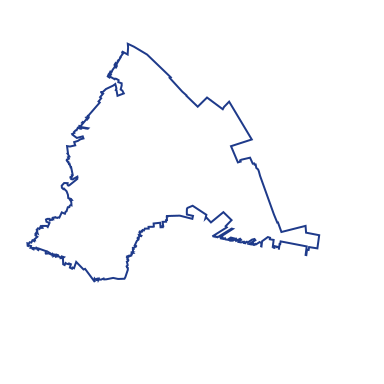 outline of Sector 5, Bucharest, Romania, rotated 200°
{"feature_id": "2599482B58123345185343", "entity_name": "Sector 5", "entity_type": "district", "adm_level": 2, "iso_a3": "ROU", "parent_name": "Romania", "parent_adm1": "Bucharest", "projection": "natural_earth1", "projection_center": [26.071, 44.404], "detail": "fine", "context": "isolated", "style": "outline", "palette": "blue", "viewbox_px": 384, "rotation_deg": 200, "n_neighbors": 0, "source": "geoboundaries", "source_scale": "gbopen_adm2", "svg_char_len": 6036}
<svg xmlns="http://www.w3.org/2000/svg" viewBox="0 0 384 384"><g transform="rotate(200 192 192)"><path d="M54.9,181.9L57.7,194.9L70.9,192.8L73.7,199.0L94.3,185.0L100.8,192.8L101.4,192.4L107.4,199.0L133.6,230.5L136.2,234.2L137.6,235.8L139.8,236.6L141.6,239.6L142.5,239.1L143.3,240.1L144.6,239.4L149.2,244.1L156.7,239.2L157.6,238.2L156.7,237.2L159.0,235.5L171.0,248.4L153.8,261.8L188.0,289.6L191.0,282.9L191.4,280.3L210.2,285.9L215.8,274.1L230.2,280.5L230.2,280.9L235.5,283.0L252.0,291.6L251.2,292.5L281.2,305.8L296.4,308.7L303.0,309.3L301.5,306.0L299.5,299.2L306.0,300.2L305.1,299.7L305.2,299.1L304.1,298.9L305.5,294.2L305.1,294.1L305.8,290.5L306.3,290.6L306.6,289.4L306.1,289.0L306.5,286.9L307.8,287.2L308.2,285.5L307.6,285.4L307.8,284.5L306.5,284.3L306.0,285.1L305.7,284.4L306.0,282.9L307.4,283.1L308.4,279.6L308.6,277.2L309.9,277.3L310.1,275.6L309.0,275.4L309.1,274.6L308.4,274.5L308.7,273.6L310.6,273.9L310.7,271.8L308.6,271.3L308.3,272.4L303.3,271.5L303.1,272.2L301.8,272.4L299.2,272.0L298.8,270.0L295.3,270.1L294.5,268.0L294.1,263.9L292.2,263.5L289.8,261.3L294.9,256.9L297.7,261.7L298.5,261.7L298.5,263.6L301.0,267.2L302.5,265.0L308.1,259.3L310.0,255.5L312.3,254.6L310.9,254.7L310.6,254.1L309.2,253.9L310.8,249.7L309.4,249.0L310.8,245.1L309.3,244.5L315.2,229.1L315.0,227.7L316.0,227.8L316.2,226.2L316.8,225.8L315.5,225.1L315.0,226.4L314.6,226.3L315.4,224.1L316.1,224.3L317.6,220.1L319.4,220.7L318.7,220.2L318.9,219.7L317.7,219.9L319.2,215.7L321.4,215.5L318.5,215.1L311.3,216.4L311.6,215.8L314.3,215.2L314.2,214.7L314.6,215.2L317.8,214.7L317.7,213.8L318.6,213.8L318.7,213.3L321.3,213.3L321.6,210.5L322.4,210.2L323.4,208.0L322.7,207.3L324.1,205.9L323.7,205.8L324.0,205.0L318.7,203.4L313.7,206.9L312.3,205.2L314.9,203.4L316.7,201.0L319.8,198.6L317.7,195.9L322.2,193.0L325.1,192.4L321.7,185.8L322.1,185.5L319.3,183.3L320.4,182.3L319.1,181.2L320.5,179.8L320.1,179.5L320.4,178.7L318.6,177.5L318.3,177.8L317.2,176.2L316.7,176.6L314.5,173.7L314.1,174.0L309.9,167.2L310.7,166.7L309.9,165.4L311.3,164.5L311.2,164.1L310.5,164.4L309.9,162.8L308.5,163.0L305.0,167.2L304.6,166.5L305.0,166.2L304.3,165.0L309.6,156.3L310.4,155.7L311.5,156.3L311.9,157.8L315.2,156.7L316.6,153.4L315.7,151.5L313.9,150.7L313.5,151.4L310.1,149.8L307.6,146.9L306.2,144.0L303.3,144.1L302.2,143.4L303.7,142.7L302.2,141.6L300.7,138.3L301.5,138.3L302.2,137.3L302.1,135.8L303.5,135.2L303.3,131.0L304.0,130.3L304.0,128.1L307.4,128.3L307.9,122.5L309.0,122.4L309.8,121.5L311.9,121.6L312.0,121.0L313.6,120.5L314.0,120.2L313.2,119.0L314.0,118.9L313.8,118.1L315.6,117.5L315.4,117.0L315.9,116.6L316.7,118.0L318.7,117.3L319.8,116.2L318.6,114.3L315.3,114.1L315.6,109.8L317.0,110.4L321.2,108.9L321.5,108.7L320.2,107.2L321.4,106.7L322.5,107.5L322.7,105.1L324.3,105.2L325.0,103.3L324.0,102.6L324.2,101.9L323.0,100.4L324.4,100.7L324.8,99.1L324.0,98.9L324.2,97.7L322.0,97.0L323.8,93.8L323.1,92.9L323.9,92.7L323.6,91.9L325.4,92.1L325.7,89.5L327.3,89.3L327.7,87.6L329.1,87.5L328.0,85.2L327.4,85.2L327.3,85.9L324.8,86.2L324.7,84.3L322.1,85.1L322.2,84.0L321.2,83.9L321.2,85.3L319.7,85.4L319.4,86.3L318.2,85.6L318.2,86.3L317.2,86.4L317.1,85.0L316.5,84.9L316.5,86.4L308.8,86.5L308.7,84.6L308.2,84.1L305.8,85.2L306.6,86.4L304.5,86.0L304.4,85.2L303.1,85.1L302.2,86.3L301.5,86.0L301.4,84.8L300.5,85.2L300.3,84.4L299.7,85.1L300.6,85.9L300.3,86.1L297.8,84.5L297.5,84.8L299.6,86.1L298.0,86.5L296.5,85.4L296.0,85.7L297.0,86.8L296.1,86.8L295.3,85.8L292.9,85.6L292.8,84.9L292.3,85.1L292.4,86.9L290.0,87.0L290.7,85.8L288.3,80.0L286.7,79.8L286.5,82.0L285.4,81.7L283.2,82.0L283.1,82.8L281.1,82.7L280.9,79.2L278.5,78.9L278.4,80.1L276.8,80.0L276.9,86.7L267.4,82.1L266.2,83.2L253.3,74.7L253.0,75.1L254.4,76.1L253.8,76.5L253.9,77.3L253.0,76.8L251.8,77.8L251.3,76.7L250.6,76.8L250.1,77.0L250.8,78.4L250.4,78.6L249.8,77.4L249.6,78.5L249.2,78.1L247.6,78.5L245.4,80.5L244.7,79.8L242.6,80.7L236.7,84.3L231.7,85.0L225.8,87.4L225.5,89.2L225.7,96.9L226.3,98.7L227.2,98.9L227.2,99.9L227.3,99.5L228.0,99.9L227.4,101.3L229.4,104.3L228.5,105.3L228.5,106.1L229.6,106.7L229.3,107.1L230.6,108.2L230.1,108.7L230.9,109.3L229.4,110.7L228.8,110.2L227.3,111.5L227.8,112.6L227.2,112.9L227.2,113.6L227.7,114.2L226.9,114.5L227.5,114.7L226.8,115.5L227.3,115.5L227.0,115.8L228.0,118.0L227.4,118.4L228.3,119.4L227.1,120.1L226.6,121.1L226.9,121.4L226.1,121.5L226.0,122.1L227.5,122.9L227.1,127.2L226.2,128.7L227.0,129.6L226.3,130.0L227.1,130.7L226.4,131.2L226.4,132.5L226.9,133.1L224.7,133.1L224.6,133.5L226.4,133.5L226.3,134.0L226.9,134.1L226.8,136.1L227.6,136.2L227.6,136.9L226.3,136.8L226.1,138.1L225.3,138.0L225.3,139.4L224.0,139.5L223.8,141.5L220.2,142.8L220.9,144.4L216.2,146.2L215.7,145.7L217.3,149.3L211.4,152.2L209.5,148.1L207.5,148.9L208.0,149.9L207.4,150.1L209.4,153.9L206.2,155.2L206.8,156.6L205.9,157.0L207.3,160.3L206.7,160.6L207.0,161.0L195.4,165.6L182.5,166.9L182.9,169.9L189.1,169.1L190.0,171.3L191.0,174.4L190.8,175.5L186.7,179.3L170.7,175.5L170.3,171.6L169.7,172.9L163.8,169.9L155.6,183.8L145.2,179.1L148.7,171.4L147.2,170.7L157.7,157.2L157.1,157.7L156.1,157.4L156.3,157.1L155.1,158.4L154.1,157.8L154.5,157.3L153.3,158.5L152.5,158.2L142.2,171.2L141.0,171.3L150.1,159.4L149.6,159.1L150.3,158.2L148.3,160.3L147.8,159.9L148.5,159.1L148.0,158.8L148.2,158.4L146.1,158.7L145.2,159.8L144.4,158.9L142.3,159.3L139.9,162.5L137.7,162.7L140.1,159.6L139.3,159.7L138.9,160.3L138.5,160.0L135.5,163.3L137.7,160.0L136.9,160.3L134.7,163.2L133.4,162.3L134.5,160.4L130.8,164.5L129.5,163.8L132.3,160.8L130.8,161.8L131.0,161.0L128.7,161.4L126.1,163.1L125.4,162.5L125.5,161.9L124.4,162.1L124.4,163.1L123.5,164.0L122.5,163.4L119.3,167.8L117.2,169.2L116.0,168.4L120.4,162.7L118.3,163.0L117.0,164.9L115.5,164.0L115.9,163.4L115.6,163.4L114.5,164.9L114.0,164.6L111.3,168.1L109.2,167.7L108.5,164.6L108.1,164.6L109.3,169.7L105.3,175.6L103.0,175.7L102.7,174.2L98.9,174.9L97.3,168.0L96.6,168.1L96.8,169.1L96.2,167.6L95.5,167.7L95.8,169.4L93.2,169.7L93.2,169.3L91.4,170.1L90.7,167.5L91.9,173.1L91.3,173.2L91.8,175.9L65.6,180.1L63.7,171.7L63.0,171.8L64.2,177.1L62.6,177.4L63.1,180.3L54.9,181.9Z" fill="none" stroke="#1e3a8a" stroke-width="2"/></g></svg>